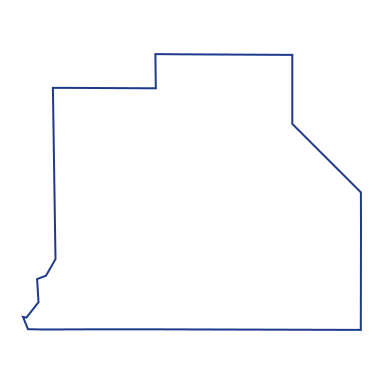 Jackson, Louisiana, United States of America
{"feature_id": "52423323B48909389322021", "entity_name": "Jackson", "entity_type": "district", "adm_level": 2, "iso_a3": "USA", "parent_name": "United States of America", "parent_adm1": "Louisiana", "projection": "robinson", "projection_center": [-92.632, 32.321], "detail": "fine", "context": "isolated", "style": "outline", "palette": "blue", "viewbox_px": 384, "rotation_deg": 0, "n_neighbors": 0, "source": "geoboundaries", "source_scale": "gbopen_adm2", "svg_char_len": 395}
<svg xmlns="http://www.w3.org/2000/svg" viewBox="0 0 384 384"><path d="M52.9,87.9L54.5,194.7L55.5,259.1L46.0,275.7L37.1,279.0L38.5,302.2L26.4,317.6L23.0,316.9L28.0,329.2L43.3,329.5L104.2,329.3L139.8,329.3L360.8,329.9L361.0,226.5L360.9,192.4L354.0,185.5L292.3,123.9L292.3,73.8L292.3,54.9L179.9,54.3L155.4,54.1L155.8,88.3L72.8,87.9L52.9,87.9Z" fill="none" stroke="#1e3a8a" stroke-width="2"/></svg>